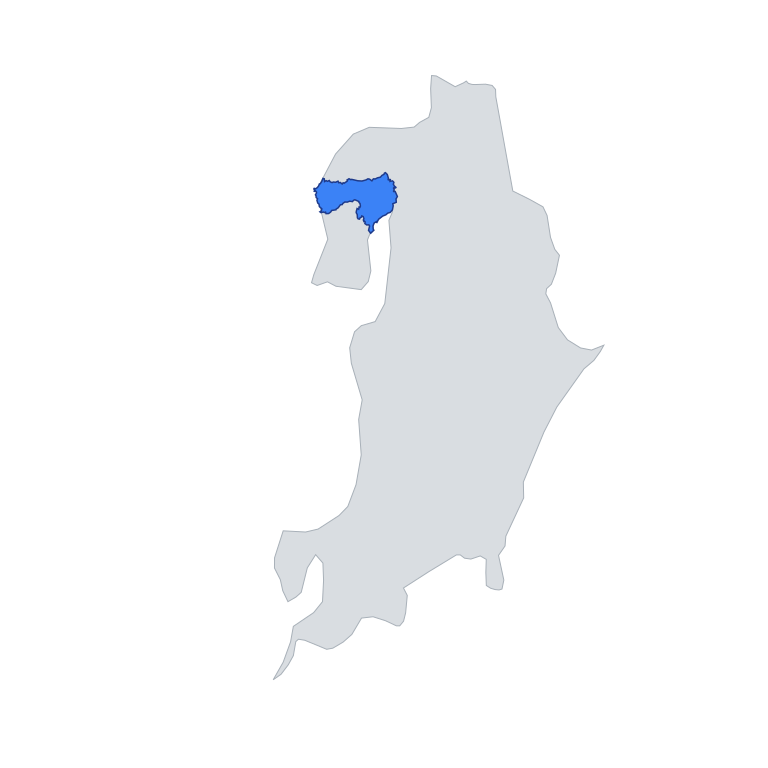 Nicoya, Guanacaste, Costa Rica (highlighted), rotated 58°
{"feature_id": "36466004B54508558874137", "entity_name": "Nicoya", "entity_type": "district", "adm_level": 2, "iso_a3": "CRI", "parent_name": "Costa Rica", "parent_adm1": "Guanacaste", "projection": "robinson", "projection_center": [-85.463, 10.103], "detail": "medium", "context": "in_parent", "style": "filled", "palette": "blue", "viewbox_px": 768, "rotation_deg": 58, "n_neighbors": 0, "source": "geoboundaries", "source_scale": "gbopen_adm2", "svg_char_len": 3628}
<svg xmlns="http://www.w3.org/2000/svg" viewBox="0 0 768 768"><g transform="rotate(58 384 384)"><path d="M620.4,392.6L619.6,395.6L617.2,398.7L613.7,401.8L609.1,404.0L597.8,397.5L586.9,390.2L580.8,393.5L578.5,403.1L574.4,408.0L569.3,409.9L567.3,413.1L566.9,445.3L567.3,475.6L575.6,476.3L589.5,486.9L595.5,493.1L597.4,498.8L595.7,501.6L585.5,508.2L575.6,516.6L570.6,527.1L579.3,543.9L581.2,555.4L580.9,567.4L578.6,573.2L559.3,587.0L555.1,591.8L555.7,595.3L566.3,604.8L571.4,614.0L575.6,625.1L576.1,634.7L566.5,616.9L553.1,599.8L541.5,589.3L540.6,564.8L536.0,551.5L518.5,539.3L503.5,530.7L492.5,532.4L499.3,546.5L516.8,564.6L518.0,571.5L517.7,580.8L505.7,579.4L495.0,575.6L482.0,574.4L473.4,568.9L455.1,547.3L468.0,528.9L472.1,516.8L471.7,491.8L468.7,479.6L454.6,461.1L432.1,440.9L400.7,424.3L385.9,410.9L349.1,400.7L335.1,393.9L324.1,381.3L322.5,372.3L326.4,358.4L316.2,340.7L272.3,305.9L247.8,293.1L242.5,285.6L238.7,283.3L242.4,307.3L253.1,321.7L281.1,335.2L288.8,343.1L291.9,353.3L275.7,372.9L267.4,377.8L265.0,388.5L259.7,391.8L254.1,385.6L231.4,354.9L187.5,340.2L179.6,331.2L163.3,303.2L155.8,277.6L158.5,260.5L176.5,233.9L182.1,222.3L181.0,215.2L181.6,204.7L174.8,197.4L158.2,187.9L147.6,180.2L150.5,176.4L169.6,166.1L170.8,156.8L170.7,153.7L173.8,153.1L176.6,150.6L178.3,148.1L183.5,139.1L188.1,134.1L193.3,133.3L199.7,137.0L223.8,146.6L250.5,157.3L288.6,172.5L304.4,162.8L318.0,155.3L327.5,156.4L347.9,165.1L360.3,167.8L367.8,167.0L381.0,179.7L388.1,189.2L389.3,195.6L393.3,199.0L403.5,199.8L428.5,206.3L443.8,205.0L457.6,198.2L465.2,190.0L467.6,177.0L471.1,183.4L475.2,193.5L477.1,206.4L495.1,249.6L509.5,273.8L541.0,317.8L554.6,325.9L577.6,361.3L585.5,367.2L590.0,377.7L613.8,386.3L620.4,392.6Z" fill="#d9dde1" stroke="#a8b0b8" stroke-width="1"/><path d="M240.8,284.6L237.8,281.8L235.8,281.0L236.4,277.3L233.4,275.7L232.1,273.3L226.7,272.5L226.0,273.7L225.5,273.7L224.9,272.5L222.9,272.1L222.6,271.2L223.4,271.6L223.7,270.8L223.3,270.3L224.1,269.5L221.6,270.3L219.5,270.2L218.3,268.8L217.5,268.8L216.2,269.2L215.4,271.5L214.0,270.3L213.5,270.8L213.7,271.6L212.9,272.2L211.7,271.2L208.1,270.2L205.5,270.8L205.4,271.9L206.2,273.0L206.0,275.2L206.7,277.4L205.7,280.3L205.5,282.7L204.4,284.3L205.3,286.6L202.6,287.7L201.5,288.9L201.4,291.2L200.2,295.1L197.8,298.5L193.3,303.0L193.2,303.8L191.4,304.9L191.4,307.2L192.2,307.2L192.5,307.8L192.6,311.4L191.7,312.0L192.2,313.5L189.9,314.3L189.4,315.7L187.6,315.5L187.3,318.1L185.8,320.0L185.7,321.3L184.1,322.5L182.4,322.6L182.2,324.5L180.9,325.3L180.8,327.1L178.3,325.9L177.3,326.8L179.4,329.7L180.4,332.0L180.1,332.8L181.4,334.5L182.1,336.5L182.2,338.6L181.1,339.5L181.4,340.1L183.1,340.3L183.6,341.0L184.0,340.6L183.8,339.8L185.4,339.5L186.4,340.2L187.2,341.9L188.4,341.9L189.9,342.7L191.7,342.2L192.6,343.5L195.4,344.3L197.0,343.8L199.3,344.8L202.5,343.9L204.0,345.4L204.0,347.1L205.3,346.6L206.0,344.3L207.0,343.7L207.3,342.5L208.8,342.9L210.1,340.6L209.9,338.1L209.1,336.4L210.8,332.4L210.3,331.9L210.3,329.5L208.9,326.0L209.7,324.3L209.1,323.4L208.9,320.8L210.3,318.7L210.8,316.2L212.6,314.1L212.1,312.6L212.3,311.1L215.9,308.6L216.8,309.0L218.2,308.7L220.6,309.7L221.4,310.8L220.7,311.3L222.4,312.9L220.9,313.8L222.8,315.9L224.0,316.8L226.1,316.9L229.0,318.5L230.3,318.4L231.2,317.4L230.4,316.2L230.5,314.7L229.7,313.8L231.0,312.9L233.3,313.5L233.9,314.6L235.5,314.9L235.5,314.3L236.6,314.1L237.8,315.2L239.9,314.4L241.0,312.5L242.4,312.5L245.5,315.7L249.1,315.4L248.2,311.1L247.0,311.1L244.2,309.6L242.2,307.0L242.3,304.0L243.6,305.0L241.4,301.3L240.9,296.1L241.5,292.8L241.1,290.2L241.8,287.8L240.8,284.6Z" fill="#3b82f6" stroke="#1e3a8a" stroke-width="1.5"/></g></svg>